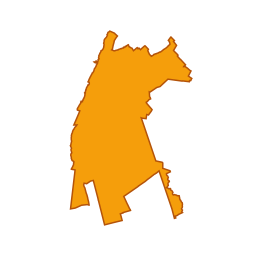 Panciu, Vrancea, Romania, rotated 77°
{"feature_id": "2599482B28492599509343", "entity_name": "Panciu", "entity_type": "district", "adm_level": 2, "iso_a3": "ROU", "parent_name": "Romania", "parent_adm1": "Vrancea", "projection": "robinson", "projection_center": [27.104, 45.901], "detail": "fine", "context": "isolated", "style": "filled", "palette": "amber", "viewbox_px": 256, "rotation_deg": 77, "n_neighbors": 0, "source": "geoboundaries", "source_scale": "gbopen_adm2", "svg_char_len": 5635}
<svg xmlns="http://www.w3.org/2000/svg" viewBox="0 0 256 256"><g transform="rotate(77 128 128)"><path d="M193.9,202.2L194.1,197.9L194.1,197.2L192.8,190.6L193.5,184.8L193.7,184.4L194.2,183.7L194.3,183.2L190.6,183.0L188.6,183.1L186.7,183.0L184.0,183.1L181.6,183.4L177.0,183.5L176.3,183.6L175.1,184.0L173.5,184.0L171.9,183.2L173.0,180.8L171.3,176.4L171.3,173.6L190.6,173.1L191.1,173.2L191.6,173.2L192.1,173.1L217.1,172.6L216.9,163.6L216.8,154.5L212.7,154.6L209.9,154.8L209.6,151.8L209.3,151.8L208.9,144.1L208.0,144.2L207.1,144.6L202.5,145.6L201.4,145.9L193.7,147.5L187.4,131.7L187.2,131.3L186.9,131.0L187.0,130.9L186.2,129.1L183.9,123.2L182.6,120.7L181.1,117.2L181.0,116.9L180.7,116.4L179.9,114.7L179.6,114.0L179.1,113.1L178.9,112.1L178.4,111.1L178.4,110.6L178.3,110.4L177.6,109.1L176.8,107.4L216.6,103.4L226.5,103.1L226.4,101.7L224.5,101.8L224.4,100.4L224.1,99.2L223.6,98.3L222.7,94.1L222.3,94.5L221.8,94.5L221.3,94.2L221.1,93.8L220.2,93.4L219.3,94.0L218.8,94.0L218.5,93.9L217.9,93.2L217.0,92.7L215.9,92.6L214.6,92.1L213.6,92.0L213.0,92.0L212.1,92.6L210.2,93.0L209.6,93.5L208.2,93.5L207.2,93.4L205.5,93.4L205.0,95.4L204.4,95.7L203.3,97.9L203.5,98.6L203.2,99.1L202.5,99.4L201.4,99.3L201.1,99.1L200.8,98.7L199.0,99.3L198.6,99.6L198.3,100.1L198.0,100.3L197.5,100.4L197.2,100.4L196.8,100.2L196.4,100.5L196.4,101.9L195.8,102.4L195.2,103.2L195.0,103.7L194.7,103.8L194.6,103.3L193.6,102.5L193.1,101.7L192.3,101.6L191.7,101.7L190.9,101.5L190.3,100.9L189.5,99.8L188.8,99.8L188.6,100.0L188.3,100.4L187.2,100.9L186.8,100.8L186.2,100.6L185.5,99.9L183.8,100.1L183.2,100.6L182.7,100.9L181.3,100.9L181.2,100.8L181.0,100.5L181.0,100.1L180.2,96.6L179.1,96.7L175.1,103.2L170.0,102.0L169.5,102.1L169.1,102.4L166.3,108.3L156.2,109.3L121.1,112.8L121.6,112.0L123.0,108.3L119.1,106.7L119.9,105.1L116.8,101.5L115.7,100.5L115.5,100.4L107.9,104.4L107.1,104.5L106.9,104.4L106.8,103.7L106.3,102.8L105.1,101.2L104.7,99.4L103.4,99.5L102.2,99.9L97.6,99.1L98.0,98.6L95.0,90.8L94.8,87.4L89.4,78.1L94.5,64.6L94.4,64.2L96.7,57.9L96.1,57.7L95.7,57.4L95.9,57.2L96.0,57.0L95.9,56.1L94.9,55.5L94.1,54.7L91.0,57.5L86.6,53.8L85.8,54.7L83.1,56.6L81.0,58.5L80.8,58.7L80.9,59.0L80.7,59.4L80.7,60.0L80.5,59.9L80.3,59.0L79.8,58.6L79.7,58.0L79.4,57.7L74.2,60.7L72.9,61.4L72.6,61.8L69.3,63.6L69.0,63.7L68.3,62.9L68.0,63.0L66.6,63.8L64.0,65.5L62.7,66.2L61.8,65.3L58.4,62.1L53.9,64.2L53.2,63.1L49.0,65.7L49.2,66.1L51.7,69.0L52.8,68.4L54.3,68.2L55.7,68.2L56.1,68.5L56.2,69.0L56.3,69.1L56.5,69.4L56.7,69.6L57.2,70.7L57.6,70.9L57.9,71.6L58.7,73.1L58.9,73.8L59.2,74.5L59.4,74.8L59.4,75.4L59.7,75.9L59.9,76.4L60.3,77.0L60.4,77.3L60.5,77.5L61.3,79.3L61.1,79.7L61.1,79.9L61.3,80.2L61.3,80.7L61.7,81.8L61.7,82.9L61.8,83.2L62.0,83.6L61.9,84.7L61.9,84.9L62.3,85.4L62.1,85.8L62.1,86.1L62.1,86.3L62.8,87.1L63.0,87.9L63.0,88.2L63.1,88.5L63.3,88.6L63.4,88.9L63.4,89.2L63.0,89.2L62.8,89.3L61.2,90.5L57.3,91.3L57.0,91.3L55.9,90.4L52.0,92.7L51.7,93.0L51.9,93.6L53.5,96.6L54.5,98.2L52.7,99.2L52.6,99.5L53.1,100.4L51.8,100.9L52.0,101.6L53.2,103.8L53.9,105.3L51.2,106.1L50.6,107.0L49.3,108.2L49.3,108.4L49.3,108.5L47.9,108.9L47.0,108.9L46.9,109.0L47.0,109.4L47.3,109.6L47.3,110.0L47.5,110.9L47.9,111.2L47.8,111.5L48.0,111.7L47.9,112.1L48.2,112.2L48.4,112.5L48.4,113.1L48.3,113.3L48.6,113.5L48.7,113.8L48.8,114.0L48.5,114.3L49.0,114.6L48.9,115.8L49.2,116.5L49.0,117.2L49.1,117.6L49.2,117.9L49.3,118.5L49.2,119.0L49.6,119.8L49.5,120.2L49.6,120.5L49.7,121.0L49.6,121.5L49.6,122.6L49.8,123.2L49.7,124.2L48.2,126.3L47.8,125.7L47.5,125.4L44.2,123.9L41.6,122.5L40.7,122.1L39.7,121.6L37.3,119.2L36.0,117.6L33.8,119.1L33.6,119.3L32.6,119.8L29.5,123.9L29.6,124.0L30.0,124.8L30.3,125.9L30.5,126.1L31.9,126.9L32.2,127.4L32.9,127.2L34.7,128.6L35.6,130.0L36.3,130.9L37.1,131.5L38.6,131.9L40.0,132.7L40.8,132.5L41.4,132.6L44.0,133.6L44.8,134.1L45.6,134.8L46.1,135.3L46.5,136.2L46.6,136.9L47.4,137.2L47.9,137.6L48.9,138.6L50.4,139.6L50.8,140.1L51.6,140.2L52.4,140.7L53.1,140.9L53.3,140.9L53.7,140.6L53.9,140.6L54.6,141.2L54.6,141.3L54.6,141.7L55.9,142.0L56.7,142.7L56.4,143.0L55.5,144.0L55.9,144.3L56.2,144.1L56.6,144.1L56.7,144.7L56.7,144.9L56.2,145.4L56.0,145.9L56.0,146.2L56.6,145.8L57.0,145.3L57.3,144.7L57.6,143.9L57.7,143.7L57.7,143.3L57.7,143.0L58.0,143.1L58.5,143.6L59.2,144.1L59.5,144.7L60.5,145.1L62.1,146.6L62.7,147.4L64.8,148.5L65.3,148.9L66.3,150.0L66.4,150.5L67.0,150.7L67.3,151.2L68.9,152.5L69.4,153.0L71.9,155.0L73.3,155.9L74.0,156.6L74.3,156.5L74.6,155.7L74.8,155.5L75.9,155.7L76.4,155.9L76.7,156.2L76.8,156.4L77.3,156.9L77.5,157.3L77.3,157.5L77.7,157.7L79.5,159.4L80.8,160.0L80.9,160.3L81.4,160.3L81.6,160.6L82.8,161.3L83.6,161.6L84.1,161.6L84.2,161.8L83.9,162.2L83.9,162.3L84.0,162.4L84.9,162.1L85.5,162.4L86.3,162.6L88.0,163.5L88.4,163.8L88.6,164.1L89.1,164.3L89.6,164.7L89.9,165.3L91.0,165.7L91.4,166.4L91.9,166.5L91.5,167.1L91.5,167.5L91.9,167.2L92.2,167.4L92.3,167.5L92.5,167.9L92.3,168.1L92.4,168.3L92.9,168.3L93.3,168.7L94.9,170.4L96.2,171.5L97.4,172.7L98.1,173.2L99.1,173.3L99.3,173.1L100.4,171.1L101.2,171.6L103.2,173.0L112.9,180.1L113.5,177.1L114.5,178.2L115.5,179.7L116.5,180.6L116.9,180.8L117.1,181.3L118.1,182.2L119.0,182.8L120.1,183.3L120.8,183.8L120.9,184.0L122.6,184.9L123.3,184.9L124.4,185.4L126.7,185.9L128.2,185.9L129.8,186.7L131.0,187.3L131.6,187.5L132.2,187.8L132.3,188.1L134.3,187.7L135.0,187.6L136.0,188.3L136.7,188.5L137.6,188.4L139.6,188.4L139.9,188.7L140.4,189.4L141.1,189.7L141.8,189.9L143.7,189.8L144.7,190.1L147.0,189.8L147.4,189.6L147.8,189.0L148.3,188.5L149.0,188.3L149.6,188.8L150.8,189.1L151.8,189.5L152.3,190.0L153.2,190.6L154.3,191.6L155.3,192.5L155.5,192.3L156.1,191.0L156.4,190.1L157.0,189.0L193.9,202.2Z" fill="#f59e0b" stroke="#b45309" stroke-width="1.5"/></g></svg>